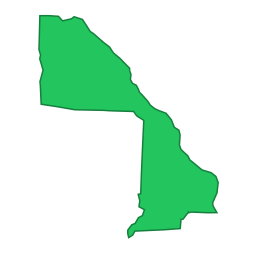 the district of Mangilao, Guam, rotated 272°
{"feature_id": "77769853B74833203647496", "entity_name": "Mangilao", "entity_type": "district", "adm_level": 2, "iso_a3": "GUM", "parent_name": "Guam", "parent_adm1": "", "projection": "albers", "projection_center": [144.825, 13.463], "detail": "fine", "context": "isolated", "style": "filled", "palette": "green", "viewbox_px": 256, "rotation_deg": 272, "n_neighbors": 0, "source": "geoboundaries", "source_scale": "gbopen_adm2", "svg_char_len": 1277}
<svg xmlns="http://www.w3.org/2000/svg" viewBox="0 0 256 256"><g transform="rotate(272 128 128)"><path d="M26.0,131.4L22.7,131.4L18.5,132.5L21.1,136.4L25.2,138.5L27.6,168.0L27.8,169.9L29.3,183.7L38.7,184.2L38.8,186.2L45.9,191.2L45.3,191.3L46.2,194.2L46.1,209.9L46.5,219.8L52.9,215.8L56.2,215.2L66.3,219.2L75.3,219.9L76.7,220.0L82.7,217.5L86.2,212.7L88.7,203.4L91.7,199.5L98.3,190.9L102.1,188.9L104.6,186.0L107.0,183.3L108.4,181.7L112.9,180.0L122.5,180.3L123.5,180.1L127.5,179.0L130.3,174.3L137.6,171.1L139.6,169.4L144.0,165.6L146.7,157.6L148.4,153.8L151.6,149.5L154.2,147.7L155.3,146.9L160.5,142.0L164.0,138.3L167.5,136.8L171.1,134.7L172.7,131.0L176.5,128.7L181.7,129.1L185.2,127.7L187.8,127.5L189.2,126.0L197.4,117.4L202.6,110.7L207.6,107.2L208.2,106.8L212.7,100.5L221.1,90.2L223.1,86.9L228.5,83.2L234.9,78.7L237.3,70.2L235.2,67.7L232.8,58.9L237.2,54.6L237.5,44.7L237.2,36.0L203.2,36.3L197.8,38.1L196.6,37.8L194.0,37.4L182.9,41.1L171.2,38.4L167.4,38.9L148.7,40.4L146.8,56.7L144.4,74.0L144.4,75.5L144.8,103.1L144.6,108.9L144.7,133.0L140.8,136.0L140.0,137.0L136.2,143.5L109.2,143.2L82.7,143.0L76.0,143.0L62.7,143.0L62.1,140.5L55.8,142.3L49.7,141.7L46.9,147.3L40.9,145.4L38.8,141.6L32.8,138.4L31.5,135.2L26.0,131.4Z" fill="#22c55e" stroke="#15803d" stroke-width="1.5"/></g></svg>